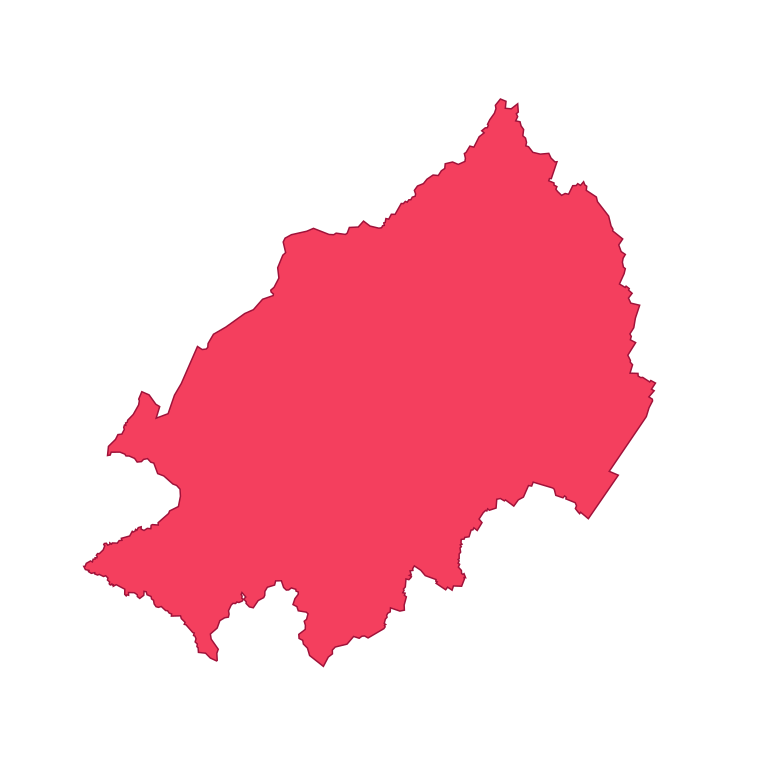 the district of Ban Khai, Rayong, Thailand, rotated 189°
{"feature_id": "78962969B77323566799689", "entity_name": "Ban Khai", "entity_type": "district", "adm_level": 2, "iso_a3": "THA", "parent_name": "Thailand", "parent_adm1": "Rayong", "projection": "natural_earth1", "projection_center": [101.382, 12.833], "detail": "fine", "context": "isolated", "style": "filled", "palette": "rose", "viewbox_px": 768, "rotation_deg": 189, "n_neighbors": 0, "source": "geoboundaries", "source_scale": "gbopen_adm2", "svg_char_len": 6159}
<svg xmlns="http://www.w3.org/2000/svg" viewBox="0 0 768 768"><g transform="rotate(189 384 384)"><path d="M631.5,308.1L631.6,306.1L633.1,305.1L632.6,302.8L633.9,302.9L634.3,300.4L633.4,298.5L635.1,293.5L638.9,292.4L640.5,287.3L646.4,279.3L645.9,270.1L643.3,271.0L642.8,274.0L634.1,275.4L629.0,274.2L627.6,272.6L624.4,273.0L618.7,271.5L615.6,268.3L611.4,269.4L609.7,271.9L605.9,273.3L602.1,270.3L599.0,269.9L593.5,260.1L587.2,258.8L576.9,252.2L573.0,251.4L569.0,248.2L567.5,241.3L567.9,230.8L575.9,225.1L576.5,222.4L585.4,211.7L584.9,209.4L590.8,208.9L591.9,208.0L591.7,204.6L595.2,204.4L598.1,201.8L601.2,202.7L601.5,205.0L604.2,203.7L605.3,200.8L606.6,201.5L606.9,199.8L608.7,198.5L609.6,199.1L611.4,194.1L619.3,190.5L618.4,188.6L621.1,187.9L622.5,185.1L627.5,184.5L628.0,183.2L629.9,184.1L629.6,182.9L631.6,181.6L633.3,183.3L635.3,182.7L635.7,181.5L634.5,180.5L635.4,176.2L638.6,171.9L640.4,171.7L641.3,169.8L640.3,168.9L640.4,167.4L642.2,167.2L642.0,165.9L643.9,165.4L644.2,162.7L646.2,163.3L650.0,160.3L650.7,157.2L652.0,156.9L649.9,154.0L646.2,153.7L646.5,152.5L643.5,151.2L640.2,152.4L640.0,151.2L637.1,150.5L635.4,151.4L630.9,150.0L628.9,151.1L626.3,149.2L626.5,147.1L624.1,145.6L624.1,143.6L622.9,142.7L621.5,143.9L620.9,142.9L619.9,143.3L619.7,141.9L617.1,143.9L607.9,140.8L607.2,135.7L605.5,134.4L604.8,135.6L603.2,135.4L603.7,138.1L598.0,138.8L594.7,137.3L594.4,135.5L591.7,134.0L588.2,137.7L588.6,141.7L586.3,141.6L585.1,138.8L580.8,137.7L580.0,135.4L577.8,134.3L576.6,130.8L574.3,128.4L571.9,128.1L569.2,129.4L564.3,126.1L562.3,126.2L560.4,124.2L557.8,123.6L557.7,121.5L548.7,123.2L547.5,120.6L543.2,117.5L543.7,115.4L541.9,115.2L534.0,108.6L532.5,108.4L532.8,105.8L531.3,105.4L529.8,102.9L530.2,99.7L527.7,98.0L527.7,95.3L526.4,94.5L525.3,89.9L518.1,90.2L512.7,86.2L506.1,84.3L505.5,84.9L507.0,91.9L506.2,96.1L514.8,105.0L516.4,109.9L510.6,116.8L509.1,124.6L504.8,128.2L501.2,129.4L501.0,132.5L502.1,135.7L500.4,141.7L498.9,143.7L496.2,144.0L495.3,145.6L493.1,145.5L490.1,147.4L489.3,149.2L490.9,150.1L491.0,152.4L492.2,153.7L491.7,155.8L487.2,152.0L488.8,149.6L486.0,147.3L485.9,145.7L482.1,142.8L478.1,142.5L474.4,150.4L469.4,154.2L468.7,156.6L469.2,160.5L467.4,165.0L460.6,168.3L460.2,172.6L454.6,173.6L451.3,167.3L448.3,165.2L445.9,165.7L443.6,168.1L439.0,167.4L438.5,165.7L436.2,165.2L435.8,162.9L438.4,158.1L439.4,151.9L435.2,150.5L433.2,146.6L425.1,146.5L423.1,145.2L423.7,139.4L425.7,137.2L423.9,133.4L423.4,129.3L429.0,123.4L428.1,119.4L424.2,118.1L422.9,114.5L418.3,111.2L415.0,104.2L399.7,95.6L396.3,105.6L392.7,109.4L393.4,113.1L391.0,116.6L379.8,121.3L374.5,129.9L368.7,129.0L366.4,131.4L363.8,132.1L360.0,130.7L345.9,142.3L344.9,144.3L345.8,145.7L344.7,146.7L346.3,147.5L345.9,151.9L344.5,154.1L345.2,155.9L344.4,158.2L342.2,159.9L342.6,163.9L332.8,162.2L328.5,163.8L329.5,168.8L328.6,177.3L330.8,178.5L330.4,180.7L332.8,180.8L331.9,183.4L332.7,184.5L331.2,186.9L331.8,194.9L328.8,194.6L327.1,197.1L326.8,198.3L328.9,199.0L327.3,199.9L329.1,203.5L326.3,204.4L326.8,206.1L325.6,209.1L318.5,205.8L313.3,201.2L302.0,199.0L302.0,197.4L300.5,196.9L301.4,195.3L290.9,190.4L289.4,193.3L284.5,191.0L283.8,195.4L275.7,196.4L274.1,203.8L274.6,205.3L273.1,205.4L275.3,209.2L276.2,208.3L277.7,209.0L278.4,212.0L281.9,214.8L281.1,217.8L282.8,218.6L282.1,221.0L283.4,222.3L282.4,223.2L283.2,227.8L282.0,229.9L283.3,233.9L282.2,235.4L283.5,237.0L281.9,238.0L283.1,239.1L283.4,242.6L280.5,243.4L280.3,245.1L276.1,246.4L275.1,253.4L273.4,253.8L272.7,256.0L269.0,253.9L265.5,262.4L269.0,265.5L265.8,272.5L263.9,275.0L262.6,274.7L262.1,276.9L260.2,275.8L253.9,279.0L254.6,287.8L251.2,289.1L246.8,287.4L245.9,288.5L236.7,283.7L233.2,290.6L228.6,294.1L225.4,306.3L222.2,306.3L221.3,310.4L201.1,307.7L199.4,306.7L196.9,300.9L189.4,299.6L188.1,301.7L186.2,300.6L186.4,299.0L176.6,296.7L174.8,293.8L175.5,290.9L172.4,288.0L170.5,286.5L169.7,288.1L161.1,282.9L138.3,330.6L147.9,333.0L119.8,392.8L118.5,402.1L116.1,409.3L116.6,411.0L120.4,412.7L116.1,419.6L119.0,420.7L116.0,427.4L121.0,429.2L121.9,427.6L129.5,431.0L131.5,430.5L134.2,431.6L134.8,434.2L142.7,433.2L141.5,441.9L144.2,444.1L144.3,445.8L147.7,450.6L141.9,464.2L147.6,466.2L147.2,469.7L149.0,471.9L146.1,478.6L146.0,488.4L143.8,501.8L152.9,502.5L156.0,507.1L153.1,512.4L157.1,515.0L156.7,516.6L160.2,518.5L160.9,517.1L167.1,519.6L164.1,530.5L163.7,535.7L165.8,536.9L167.6,541.6L167.5,545.6L165.9,549.7L170.5,551.9L173.9,558.1L170.9,564.6L182.1,571.0L182.1,572.7L184.5,575.7L188.4,585.0L201.7,597.5L203.5,601.9L214.5,606.9L214.7,611.0L216.8,612.1L218.5,615.0L221.0,610.9L224.0,612.2L225.2,610.1L228.6,609.4L231.4,600.3L234.9,600.5L238.1,598.1L242.7,601.3L244.7,603.2L244.1,606.0L247.1,607.0L247.6,609.2L253.1,610.5L252.7,612.8L250.9,613.0L247.9,630.6L249.9,630.1L254.4,633.3L257.3,637.6L265.6,635.5L273.2,636.1L278.4,641.0L281.2,641.4L281.0,644.9L282.7,649.0L285.7,650.9L285.9,657.2L289.0,660.4L290.7,664.3L295.1,664.5L293.8,669.0L295.6,671.6L293.9,673.6L295.8,681.7L301.4,675.7L307.3,675.3L307.7,682.3L313.6,683.7L317.6,676.7L316.5,673.5L317.3,668.7L320.9,661.5L322.4,656.6L321.4,655.9L322.0,653.4L324.1,652.8L327.1,649.4L324.4,647.7L328.7,643.1L332.3,632.0L336.4,632.4L339.2,625.5L340.7,624.2L338.9,619.7L338.9,616.5L345.0,612.5L351.0,614.0L358.0,611.1L357.7,606.4L360.7,603.6L363.0,598.4L368.2,598.1L373.6,593.0L376.4,588.1L381.9,584.8L384.3,580.0L382.5,576.6L382.6,574.3L385.3,573.0L386.3,570.2L388.3,569.8L389.5,567.2L391.5,567.7L393.1,565.2L395.2,565.0L399.6,553.3L403.3,552.8L405.1,547.6L408.0,547.7L408.1,543.8L409.4,543.1L408.5,540.7L410.2,540.0L410.8,538.0L413.4,537.1L422.5,537.8L429.7,541.7L434.0,535.0L442.7,533.2L443.9,527.3L445.5,525.7L454.9,525.5L457.0,523.6L461.7,523.1L478.0,526.7L484.2,522.8L498.8,517.0L504.5,512.6L505.8,508.5L501.7,498.4L504.1,495.4L507.2,482.2L504.4,472.2L507.7,462.3L510.5,459.0L509.9,457.2L507.3,455.6L507.3,454.0L517.2,448.7L524.6,437.0L532.6,431.8L549.1,415.5L560.2,406.5L564.1,396.5L563.8,392.6L565.1,390.7L569.0,389.6L574.1,391.9L584.3,352.7L589.2,340.2L592.6,320.9L603.7,314.6L602.0,326.6L606.2,328.3L614.3,336.5L622.0,338.5L623.9,330.7L623.0,329.1L623.1,324.9L626.9,314.7L631.5,308.1Z" fill="#f43f5e" stroke="#9f1239" stroke-width="1.5"/></g></svg>